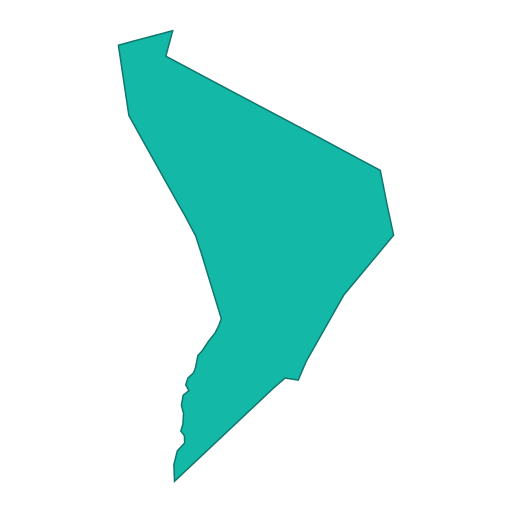 the district of Cachoeirinha, Pernambuco, Brazil
{"feature_id": "56859067B81048924714612", "entity_name": "Cachoeirinha", "entity_type": "district", "adm_level": 2, "iso_a3": "BRA", "parent_name": "Brazil", "parent_adm1": "Pernambuco", "projection": "orthographic", "projection_center": [-36.305, -8.498], "detail": "fine", "context": "isolated", "style": "filled", "palette": "teal", "viewbox_px": 512, "rotation_deg": 0, "n_neighbors": 0, "source": "geoboundaries", "source_scale": "gbopen_adm2", "svg_char_len": 703}
<svg xmlns="http://www.w3.org/2000/svg" viewBox="0 0 512 512"><path d="M393.6,235.2L387.2,205.3L380.3,170.4L339.6,148.6L333.0,145.0L320.8,138.4L295.2,124.9L231.2,91.0L165.8,56.2L172.7,30.7L132.5,41.3L118.4,45.2L128.9,115.6L139.8,135.2L179.0,205.3L184.6,215.0L189.5,224.3L195.8,236.2L198.2,243.7L201.2,252.9L221.3,318.6L218.8,325.6L215.0,333.1L208.7,341.0L201.8,351.3L197.9,355.4L196.8,361.2L195.5,367.6L193.6,372.8L188.0,377.9L185.7,384.8L188.9,390.6L183.2,395.2L181.4,405.3L183.5,413.3L182.9,424.3L180.8,431.0L184.4,435.7L184.6,443.0L177.3,450.9L173.9,464.5L174.5,481.3L273.9,387.7L285.1,378.0L298.2,380.1L306.3,361.2L343.9,294.9L393.6,235.2Z" fill="#14b8a6" stroke="#0f766e" stroke-width="1.5"/></svg>